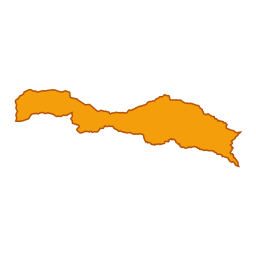 Mathioya, Central, Kenya
{"feature_id": "3690345B56624904262086", "entity_name": "Mathioya", "entity_type": "district", "adm_level": 2, "iso_a3": "KEN", "parent_name": "Kenya", "parent_adm1": "Central", "projection": "albers", "projection_center": [36.931, -0.636], "detail": "fine", "context": "isolated", "style": "filled", "palette": "amber", "viewbox_px": 256, "rotation_deg": 0, "n_neighbors": 0, "source": "geoboundaries", "source_scale": "gbopen_adm2", "svg_char_len": 5922}
<svg xmlns="http://www.w3.org/2000/svg" viewBox="0 0 256 256"><path d="M235.4,165.0L237.8,166.2L238.7,166.4L238.5,165.9L237.8,165.3L238.1,164.2L237.7,161.7L237.2,161.4L236.3,159.9L235.4,158.9L234.7,157.7L234.1,157.3L233.5,157.5L233.4,157.1L233.5,155.9L233.3,154.8L232.9,155.0L232.3,153.8L231.7,153.6L230.9,153.9L230.5,153.4L230.5,152.8L230.1,152.4L230.3,152.0L230.7,151.7L231.9,150.0L232.2,148.7L232.1,148.2L233.0,148.0L232.5,147.2L231.2,146.2L230.8,145.1L230.5,144.9L232.2,143.7L232.4,143.2L231.9,141.9L231.3,141.2L231.6,140.8L232.5,140.4L235.3,138.1L235.8,136.6L237.5,135.7L238.1,134.5L239.4,133.2L240.3,132.6L240.6,132.1L236.7,132.7L235.5,132.3L233.6,130.6L230.8,130.2L229.8,129.5L228.9,129.4L228.5,129.0L227.9,129.0L227.2,128.4L226.6,128.3L226.3,127.7L226.2,125.7L226.4,125.3L226.9,125.1L227.0,124.5L226.6,124.2L225.5,122.8L224.9,122.6L224.0,122.9L223.5,122.7L223.1,121.7L222.6,121.6L222.2,121.3L220.4,121.2L219.4,120.6L218.9,120.6L218.5,120.9L217.9,121.0L217.5,119.8L216.4,118.8L214.7,118.7L214.6,117.4L214.0,116.5L213.4,116.5L212.7,116.8L211.0,115.7L210.4,115.5L208.2,113.8L207.1,114.1L206.2,114.8L204.9,114.1L203.9,113.9L203.5,113.4L203.4,112.2L202.4,110.8L202.2,109.6L200.0,107.9L199.0,106.1L198.3,105.5L197.3,105.5L196.3,105.1L195.9,105.2L193.7,104.2L190.3,103.2L189.2,103.6L188.6,103.5L187.6,103.0L187.2,103.3L185.9,103.3L183.0,102.0L182.5,101.4L181.6,101.0L181.2,100.7L180.9,100.2L180.4,100.0L178.8,100.3L178.1,100.1L176.5,100.0L176.0,99.8L174.9,100.0L170.5,100.0L169.9,99.5L169.4,96.7L169.1,96.0L168.6,95.7L166.4,95.6L165.9,95.1L164.9,94.8L163.9,95.1L162.9,96.4L162.5,96.7L161.1,96.9L160.6,96.6L160.0,96.6L159.5,97.0L158.7,97.9L156.1,99.0L154.5,100.8L152.9,101.0L150.9,101.5L149.1,101.6L147.3,102.7L146.5,104.0L145.0,105.0L143.7,105.1L141.9,105.8L141.5,106.2L139.4,106.3L138.8,106.5L136.6,107.7L136.1,107.7L135.0,108.8L132.9,109.3L132.6,109.7L132.2,109.8L131.8,110.2L131.4,110.4L130.4,110.3L129.4,109.9L128.8,110.2L126.8,112.6L125.8,113.1L124.9,113.0L123.8,112.6L123.3,112.9L122.3,112.5L121.8,113.0L121.2,113.0L120.6,112.6L120.2,112.6L119.8,112.9L117.5,112.5L115.6,112.3L113.7,113.2L112.5,112.9L111.8,113.1L110.8,113.7L110.1,113.7L109.6,113.4L109.0,112.2L108.5,111.9L107.5,112.0L107.1,111.7L105.8,111.2L103.8,111.3L102.8,110.8L101.1,110.4L100.6,110.4L98.6,111.5L97.5,111.3L89.8,104.7L89.4,104.5L88.8,104.5L85.3,104.8L78.4,100.4L77.0,98.9L72.0,98.0L70.8,97.6L70.3,97.2L70.2,96.6L69.6,92.2L67.8,91.8L66.4,91.1L65.5,90.8L64.2,91.1L62.6,91.9L61.6,92.0L59.5,91.7L55.3,90.1L53.1,89.8L47.1,90.5L44.8,91.1L43.5,90.7L42.5,90.7L38.0,92.1L36.8,91.8L35.5,91.0L34.0,91.1L32.9,91.0L31.7,90.1L30.5,89.7L30.0,89.6L28.9,89.8L24.2,92.0L23.4,93.9L23.0,94.3L22.7,94.7L20.3,95.6L19.6,96.3L18.3,98.5L16.1,99.8L15.5,100.6L15.4,101.2L15.5,102.2L16.6,105.0L16.2,106.6L16.0,108.2L16.1,108.7L17.5,111.7L16.2,113.7L16.0,115.8L16.7,117.7L16.7,118.2L15.8,121.1L17.6,121.3L19.9,121.3L23.0,120.7L28.0,119.0L28.9,118.5L29.9,116.4L31.5,114.5L32.0,114.1L34.5,113.5L34.9,113.8L36.0,113.3L36.7,113.3L37.4,113.9L38.0,113.7L38.5,113.8L40.2,112.8L41.7,112.5L42.9,112.6L44.4,113.4L45.8,113.5L46.8,113.3L47.9,112.6L48.9,113.2L50.1,113.5L51.6,113.7L52.0,114.0L52.9,114.3L53.3,114.2L55.4,115.9L56.5,116.4L57.4,116.5L58.6,116.0L59.1,116.3L60.1,116.5L61.6,116.3L62.0,115.8L63.2,115.0L66.1,115.5L67.0,115.2L67.6,115.0L68.9,113.9L69.5,113.8L70.5,113.2L71.0,113.1L72.0,112.5L72.1,113.1L71.9,114.4L72.4,115.4L72.3,116.6L72.1,117.1L70.9,118.3L70.9,118.8L71.3,119.8L72.3,120.6L72.4,123.0L72.6,123.4L76.0,124.3L76.9,124.9L78.0,124.9L79.1,125.9L79.3,126.5L79.1,126.9L77.2,128.7L76.9,129.4L76.9,130.2L78.9,132.1L79.5,132.5L80.1,132.6L80.3,133.0L83.1,132.4L85.1,131.2L85.9,131.6L86.9,131.3L88.1,131.5L88.5,131.8L89.0,131.8L89.4,132.0L90.2,131.3L90.7,131.2L91.2,131.3L91.4,131.7L92.2,132.3L94.9,131.7L96.3,132.1L97.6,131.7L98.4,131.0L98.7,130.5L99.4,129.8L99.7,128.8L100.1,128.4L103.2,128.4L104.0,127.3L104.1,126.6L105.1,125.8L105.8,126.5L106.5,126.5L107.8,126.5L108.9,126.0L111.1,126.5L112.1,126.1L112.5,126.5L113.5,126.9L113.4,127.3L113.6,127.7L114.6,128.9L115.6,129.2L116.6,129.7L117.2,129.7L117.8,130.6L118.6,131.3L119.1,131.3L120.1,130.8L120.5,131.2L121.9,131.5L123.4,132.3L124.4,132.4L124.8,132.2L126.8,133.0L128.4,132.6L129.0,132.7L130.5,132.6L131.8,133.6L133.4,133.9L133.9,134.3L134.5,134.0L135.0,134.2L135.6,133.9L136.2,133.9L137.1,134.2L138.4,134.1L140.0,133.6L140.8,134.1L141.4,134.2L141.9,134.1L142.3,134.2L143.4,135.1L143.7,135.6L143.9,137.9L144.9,140.4L145.9,142.1L146.2,141.7L147.2,141.7L147.5,141.9L147.6,142.8L149.6,142.6L150.2,142.8L150.9,143.7L151.3,143.8L151.4,144.3L152.2,144.6L153.3,144.5L154.0,144.9L154.3,144.6L154.8,144.9L155.0,144.5L155.6,144.4L156.0,144.1L156.4,144.4L156.9,144.4L157.8,144.1L159.0,144.0L159.6,144.1L159.9,144.5L160.4,144.2L161.0,144.3L162.2,143.8L163.4,143.7L164.6,143.1L164.9,141.8L165.4,141.3L166.0,141.5L168.5,141.7L168.9,141.3L168.9,140.7L168.5,140.3L169.8,139.4L170.5,139.3L171.2,138.9L171.4,139.4L171.7,139.6L172.1,139.1L172.4,139.5L172.9,139.6L174.3,139.4L174.8,139.7L175.0,140.4L175.5,140.6L176.1,142.5L178.0,143.5L178.0,144.0L178.4,144.4L179.0,144.5L179.5,144.1L180.1,145.6L180.0,146.1L180.3,146.5L181.6,147.4L182.2,147.4L182.7,147.0L183.2,146.9L184.5,147.9L185.1,148.0L185.7,148.2L187.9,147.7L188.9,146.8L189.4,146.9L190.1,147.5L190.5,147.6L192.8,146.7L194.0,146.8L194.9,146.5L195.9,146.9L196.3,147.3L197.4,147.5L197.8,148.2L198.5,148.3L199.0,148.2L199.4,148.5L199.5,149.2L200.0,149.5L201.7,149.4L202.1,149.7L203.9,150.4L204.6,150.4L205.7,150.0L209.0,150.8L209.7,150.6L210.7,150.8L211.9,150.6L212.7,151.0L213.6,151.2L214.1,151.5L214.2,152.0L214.8,152.1L216.2,152.9L216.7,153.8L217.1,154.0L218.5,154.3L219.7,154.3L221.3,154.7L222.1,155.4L222.1,156.2L222.4,156.7L223.6,156.4L225.0,157.1L226.8,157.5L227.9,158.0L228.3,158.3L228.5,159.3L229.0,159.5L229.3,160.7L229.7,161.1L231.4,162.1L231.9,162.1L232.2,161.8L233.2,161.9L235.1,163.5L235.1,164.5L235.4,165.0Z" fill="#f59e0b" stroke="#b45309" stroke-width="1.5"/></svg>